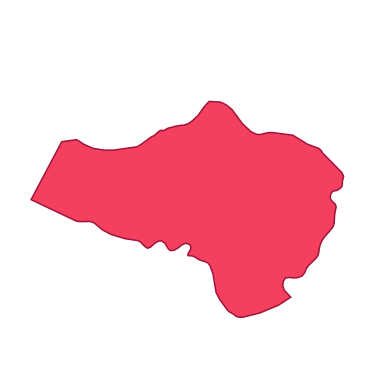 an SVG outline of Sa`dah, rotated 205°
{"feature_id": "YEM-150", "entity_name": "Sa`dah", "entity_type": "Governorate", "adm_level": 1, "iso_a3": "YEM", "parent_name": "Yemen", "parent_adm1": "", "projection": "equal_earth", "projection_center": [43.78, 17.066], "detail": "fine", "context": "isolated", "style": "filled", "palette": "rose", "viewbox_px": 384, "rotation_deg": 205, "n_neighbors": 0, "source": "natural_earth", "source_scale": "10m", "svg_char_len": 1676}
<svg xmlns="http://www.w3.org/2000/svg" viewBox="0 0 384 384"><g transform="rotate(205 192 192)"><path d="M99.5,97.9L102.2,98.8L107.4,99.1L109.9,99.9L121.2,106.1L127.7,111.1L130.6,115.3L138.3,126.5L144.7,133.0L147.7,134.4L150.5,134.4L156.2,133.6L162.3,134.3L164.9,134.1L168.5,132.7L169.4,133.3L169.4,135.5L169.1,139.6L169.7,141.2L170.2,142.2L171.1,142.9L172.9,143.4L176.5,142.7L178.9,139.6L180.8,135.6L183.2,132.1L186.5,129.8L189.1,130.2L194.9,134.1L198.9,134.8L201.8,133.1L204.2,129.4L206.4,124.3L208.6,122.2L211.8,122.7L218.2,125.1L221.1,124.9L232.9,121.4L247.7,119.3L257.0,119.8L267.5,122.6L271.8,122.3L281.4,117.6L284.7,116.7L315.7,116.9L334.6,117.1L331.3,182.5L318.7,190.7L309.7,189.5L299.9,189.8L289.7,192.7L281.3,196.5L261.0,209.7L258.3,213.6L252.1,224.8L250.1,227.2L247.4,233.4L245.8,235.1L243.6,235.6L240.9,239.5L234.5,244.8L232.3,246.2L231.1,247.4L229.4,248.1L227.3,249.4L224.0,252.7L222.0,256.3L218.9,263.8L217.0,274.2L214.8,281.3L204.0,285.6L197.4,285.4L190.5,283.6L174.9,275.1L164.0,271.6L158.0,271.5L154.0,273.2L151.8,275.2L147.5,278.3L144.5,279.8L124.6,286.1L107.6,284.1L96.0,285.1L92.8,284.4L90.0,282.5L64.3,272.9L61.2,270.3L60.3,265.5L58.9,262.4L58.5,259.5L60.7,255.3L62.1,254.0L63.5,253.2L64.7,252.1L65.3,249.9L65.1,247.3L64.1,245.0L62.5,243.4L56.9,241.4L55.1,239.5L53.2,232.0L50.0,224.0L49.4,220.5L50.5,215.4L52.9,207.4L53.6,203.5L53.6,199.0L52.8,194.5L51.6,191.0L51.0,187.7L51.9,183.4L55.1,175.3L56.0,171.1L55.8,166.4L56.8,162.3L59.9,159.1L64.0,156.8L67.5,155.8L70.9,153.6L71.5,149.5L69.9,145.1L66.9,142.1L58.1,138.4L58.6,137.5L65.9,125.8L79.3,111.1L85.2,106.3L92.7,100.2L96.1,98.5L99.5,97.9Z" fill="#f43f5e" stroke="#9f1239" stroke-width="1.5"/></g></svg>